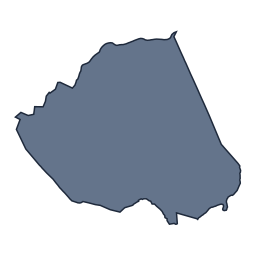 the district of Cuyamecalco Villa de Zaragoza, Oaxaca, Mexico
{"feature_id": "50627088B17451896307206", "entity_name": "Cuyamecalco Villa de Zaragoza", "entity_type": "district", "adm_level": 2, "iso_a3": "MEX", "parent_name": "Mexico", "parent_adm1": "Oaxaca", "projection": "orthographic", "projection_center": [-96.852, 17.969], "detail": "fine", "context": "isolated", "style": "filled", "palette": "slate", "viewbox_px": 256, "rotation_deg": 0, "n_neighbors": 0, "source": "geoboundaries", "source_scale": "gbopen_adm2", "svg_char_len": 3002}
<svg xmlns="http://www.w3.org/2000/svg" viewBox="0 0 256 256"><path d="M120.0,212.1L124.7,207.7L131.7,205.6L132.8,205.2L133.6,204.2L137.2,201.9L138.6,201.3L138.3,200.4L140.5,199.1L141.4,198.9L142.3,199.4L143.7,198.8L146.4,198.8L149.2,200.8L150.7,201.2L152.1,204.0L154.6,204.1L156.6,206.2L160.1,209.2L162.2,211.5L163.5,214.1L164.7,215.4L165.0,217.6L167.1,218.8L167.1,220.7L169.4,224.2L174.2,223.4L175.5,224.2L176.3,224.2L177.3,223.7L176.5,212.9L196.8,218.7L197.7,219.4L198.5,217.9L200.4,216.7L201.6,215.6L203.0,214.8L204.2,213.7L205.8,212.7L207.2,211.1L208.1,210.0L209.0,208.9L209.1,208.7L211.2,207.3L212.8,207.1L214.2,206.5L215.8,206.1L216.8,205.5L217.9,205.1L220.0,204.4L221.3,204.1L223.0,204.5L223.6,206.0L223.3,207.4L222.9,208.3L222.7,209.4L223.1,210.2L224.2,210.6L226.3,210.2L226.8,209.1L227.0,208.0L227.5,207.0L227.1,205.3L226.9,203.9L226.4,202.2L226.4,201.0L226.9,199.2L227.7,198.0L228.0,197.2L229.5,196.2L231.2,195.2L232.5,195.3L233.6,194.5L234.1,193.9L234.7,193.2L235.6,192.2L237.1,190.5L238.2,188.0L239.0,186.1L240.3,183.2L240.1,181.3L239.8,180.1L239.9,179.2L240.2,178.2L240.1,177.4L240.1,175.6L240.0,174.4L239.8,173.3L240.4,172.3L240.6,170.5L240.4,169.7L239.6,167.6L239.8,165.9L238.0,163.4L221.3,144.4L218.6,138.0L209.4,116.0L204.3,104.4L202.7,100.9L202.1,99.6L201.2,97.6L200.1,95.1L199.9,94.7L198.2,90.8L196.6,87.2L193.3,79.9L192.2,77.5L190.3,73.4L190.1,72.9L185.8,63.1L184.8,61.1L183.2,57.3L182.9,56.7L180.7,51.9L176.1,41.5L173.9,36.7L175.1,34.2L175.8,32.9L176.3,31.8L174.0,32.7L171.9,34.5L171.3,35.7L170.7,37.2L169.9,38.2L168.7,38.9L167.2,39.5L164.1,39.7L161.9,39.4L158.4,39.2L156.6,39.1L154.4,39.3L152.7,39.6L150.9,39.8L149.8,40.1L149.4,40.1L147.2,40.3L146.1,40.0L145.3,39.9L143.8,39.0L143.3,38.9L142.5,38.6L140.7,38.4L140.3,38.5L138.9,38.8L138.1,39.1L136.7,39.6L135.4,40.1L134.1,40.6L133.1,41.1L130.7,42.0L129.8,42.4L128.8,42.7L125.9,43.9L123.1,44.6L121.6,44.6L119.5,44.8L117.5,45.3L116.1,45.3L114.9,44.7L113.4,43.7L112.5,43.0L110.6,42.7L108.4,43.0L106.4,43.6L105.2,44.2L104.0,45.1L103.0,46.0L102.0,47.0L101.1,48.2L100.3,49.5L99.8,51.0L99.3,52.1L97.6,53.3L96.2,54.3L95.2,55.0L93.1,56.9L92.4,57.8L91.4,59.0L90.3,60.6L89.2,62.0L87.3,63.2L85.1,64.0L83.2,64.7L82.5,65.1L82.0,65.7L81.4,66.9L81.2,68.6L81.0,69.9L80.8,71.1L80.1,72.2L79.4,74.0L79.0,75.6L78.3,77.8L77.7,79.2L76.5,80.2L76.0,82.3L74.9,85.2L72.4,88.1L71.8,87.8L69.3,86.6L66.9,85.5L60.1,82.3L57.8,82.5L55.4,89.2L50.0,93.1L49.2,92.4L46.3,96.1L46.2,96.6L45.6,100.2L45.4,101.4L43.1,106.8L35.5,106.7L34.7,106.7L34.3,110.2L33.7,114.3L28.2,115.5L25.8,114.5L20.9,112.4L15.4,117.1L20.1,119.5L16.4,129.4L25.8,149.0L38.7,164.3L39.8,165.6L40.5,166.1L42.1,168.1L44.2,170.3L45.2,171.4L45.4,171.6L46.5,172.8L53.1,179.2L56.1,183.1L57.8,185.1L58.4,185.9L59.7,187.7L60.9,188.9L62.8,191.0L64.6,192.8L66.4,194.8L69.2,198.0L69.6,198.7L70.2,199.1L71.8,200.8L77.0,202.5L77.7,202.8L78.8,202.9L79.9,203.0L81.5,202.5L82.9,201.5L88.9,202.9L95.3,204.6L100.5,205.4L100.8,205.6L110.2,209.7L120.0,212.1Z" fill="#64748b" stroke="#1e293b" stroke-width="1.5"/></svg>